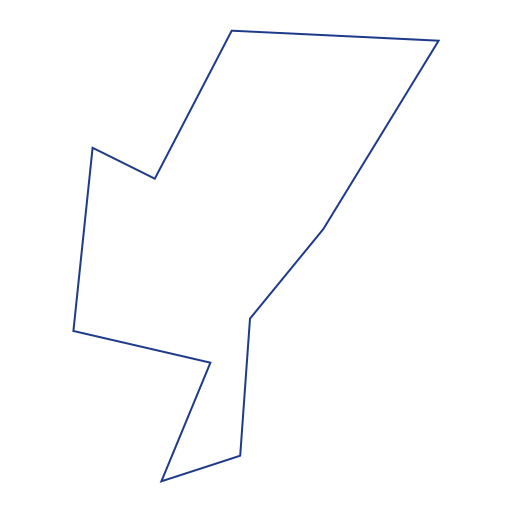 outline of Galax, Virginia, United States of America
{"feature_id": "52423323B65512334983312", "entity_name": "Galax", "entity_type": "district", "adm_level": 2, "iso_a3": "USA", "parent_name": "United States of America", "parent_adm1": "Virginia", "projection": "orthographic", "projection_center": [-80.921, 36.66], "detail": "fine", "context": "isolated", "style": "outline", "palette": "blue", "viewbox_px": 512, "rotation_deg": 0, "n_neighbors": 0, "source": "geoboundaries", "source_scale": "gbopen_adm2", "svg_char_len": 255}
<svg xmlns="http://www.w3.org/2000/svg" viewBox="0 0 512 512"><path d="M154.8,178.7L92.6,147.8L73.4,331.0L210.4,362.7L161.4,481.3L240.2,455.7L250.0,318.6L323.3,229.1L438.6,40.7L231.7,30.7L154.8,178.7Z" fill="none" stroke="#1e3a8a" stroke-width="2"/></svg>